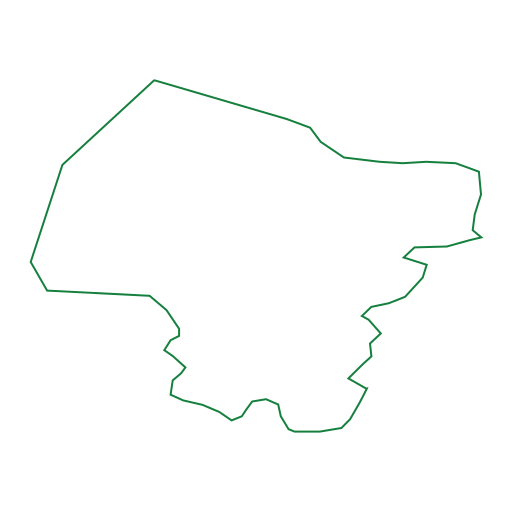 the district of Mariestad, Västra Götaland, Sweden
{"feature_id": "70781695B85574102169861", "entity_name": "Mariestad", "entity_type": "district", "adm_level": 2, "iso_a3": "SWE", "parent_name": "Sweden", "parent_adm1": "Västra Götaland", "projection": "robinson", "projection_center": [13.853, 58.786], "detail": "fine", "context": "isolated", "style": "outline", "palette": "green", "viewbox_px": 512, "rotation_deg": 0, "n_neighbors": 0, "source": "geoboundaries", "source_scale": "gbopen_adm2", "svg_char_len": 912}
<svg xmlns="http://www.w3.org/2000/svg" viewBox="0 0 512 512"><path d="M47.1,290.6L149.6,295.8L166.5,310.1L179.1,328.8L179.1,335.9L170.6,340.2L164.3,350.2L172.7,356.0L185.4,367.4L181.2,373.2L172.7,380.4L170.6,394.7L183.2,400.4L202.3,404.8L219.2,411.9L231.6,420.4L241.8,416.3L246.1,409.8L252.2,401.5L266.0,399.2L278.2,404.5L280.8,416.3L288.6,429.2L294.6,431.6L319.8,431.6L341.4,428.0L350.1,419.2L359.6,402.7L363.9,394.5L366.9,388.4L366.0,388.5L348.4,378.4L363.3,363.7L371.4,356.4L370.0,343.5L380.8,333.5L368.6,319.7L361.9,316.0L371.3,306.9L388.9,303.2L405.1,296.8L422.7,277.6L426.7,264.8L403.7,257.5L414.5,247.4L446.9,246.5L469.9,240.1L481.3,237.4L472.7,230.2L474.7,214.5L481.0,194.5L478.9,171.7L455.6,163.2L426.1,161.8L402.9,163.2L379.7,161.8L343.9,157.5L320.7,141.9L310.1,127.7L286.9,119.1L154.8,80.4L153.9,80.5L153.6,80.8L62.4,164.9L30.7,262.0L47.1,290.6Z" fill="none" stroke="#15803d" stroke-width="2"/></svg>